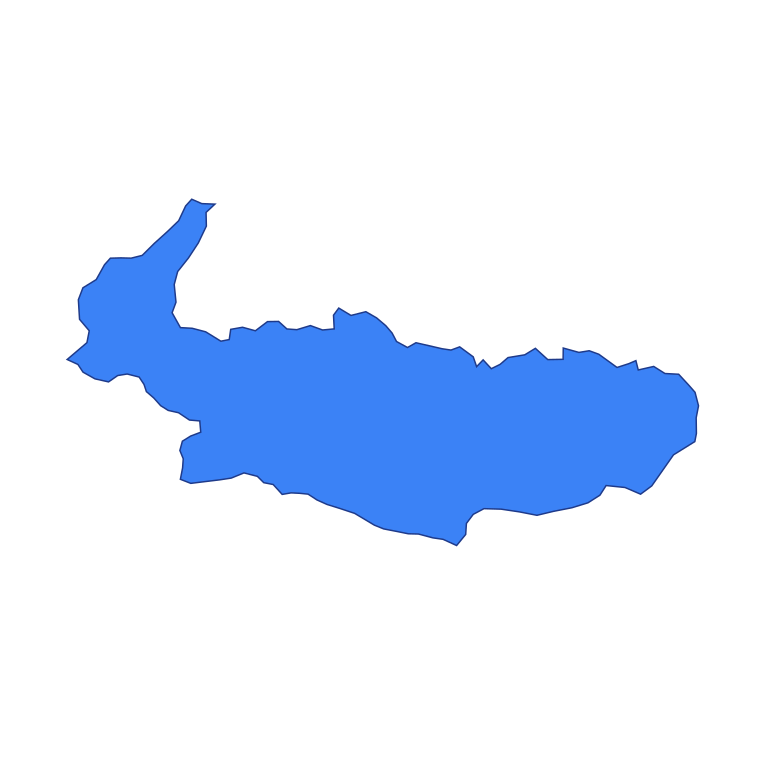 Araçu, Goiás, Brazil (Natural Earth projection), rotated 101°
{"feature_id": "56859067B94048461684996", "entity_name": "Araçu", "entity_type": "district", "adm_level": 2, "iso_a3": "BRA", "parent_name": "Brazil", "parent_adm1": "Goiás", "projection": "natural_earth1", "projection_center": [-49.706, -16.366], "detail": "fine", "context": "isolated", "style": "filled", "palette": "blue", "viewbox_px": 768, "rotation_deg": 101, "n_neighbors": 0, "source": "geoboundaries", "source_scale": "gbopen_adm2", "svg_char_len": 1903}
<svg xmlns="http://www.w3.org/2000/svg" viewBox="0 0 768 768"><g transform="rotate(101 384 384)"><path d="M528.7,281.9L516.1,275.1L505.1,276.5L494.9,271.5L487.3,262.1L484.5,245.1L483.7,226.8L483.7,208.8L476.7,193.4L469.6,175.9L461.7,161.1L451.9,150.8L441.3,146.6L439.6,127.7L443.2,111.1L432.9,101.7L398.3,86.3L381.2,67.9L372.9,67.9L357.6,71.1L345.4,71.1L332.8,77.1L326.4,85.4L318.2,96.6L320.1,110.2L315.3,122.6L321.7,137.1L313.0,141.2L317.4,147.7L323.3,158.4L313.8,178.8L312.2,188.9L315.8,198.7L314.5,214.9L325.6,212.9L328.8,227.9L320.1,242.2L328.5,251.4L334.4,267.3L342.6,273.8L348.5,281.6L341.4,291.3L349.3,296.4L340.3,301.6L333.1,316.8L337.9,324.7L338.3,333.6L337.4,360.5L343.7,367.9L339.9,379.8L332.4,385.8L326.4,393.4L320.5,403.9L316.5,415.6L323.0,429.5L318.1,442.9L326.1,446.7L339.4,443.4L342.7,454.6L340.7,467.4L347.3,479.9L348.5,489.8L342.7,499.4L345.0,510.3L356.3,520.4L355.3,533.7L359.6,544.9L369.9,544.4L373.1,552.3L366.8,569.0L365.9,582.9L367.5,594.6L354.5,605.6L343.4,603.8L326.4,608.9L313.0,608.0L297.6,600.0L281.0,593.2L262.9,588.5L249.5,591.4L239.7,584.3L241.7,597.3L239.3,608.0L247.1,612.7L262.9,616.7L275.7,625.7L289.8,636.3L303.9,645.9L308.7,656.2L310.4,666.3L312.7,676.6L320.2,681.1L336.4,686.4L347.0,697.9L359.6,700.1L378.6,695.2L388.0,683.5L400.1,683.5L420.4,699.7L423.2,688.2L429.8,681.7L434.1,668.7L434.5,654.8L426.5,647.0L423.2,638.0L423.9,625.7L430.2,619.5L436.8,615.8L441.6,607.4L447.9,599.1L451.1,590.8L451.4,580.2L456.5,568.1L455.4,557.8L466.3,554.7L472.0,563.9L478.6,571.0L488.2,571.7L495.7,566.8L504.8,565.7L516.4,565.7L518.4,554.7L515.4,545.5L509.4,526.9L505.5,516.0L498.0,504.5L498.8,490.7L503.8,483.2L503.8,473.6L511.8,462.9L508.6,454.4L507.4,446.1L506.6,437.5L510.6,427.7L513.1,417.0L514.6,403.5L516.6,388.1L524.4,366.5L526.3,356.7L526.3,342.8L526.4,331.6L524.7,321.5L525.7,306.7L525.2,296.4L528.7,281.9Z" fill="#3b82f6" stroke="#1e3a8a" stroke-width="1.5"/></g></svg>